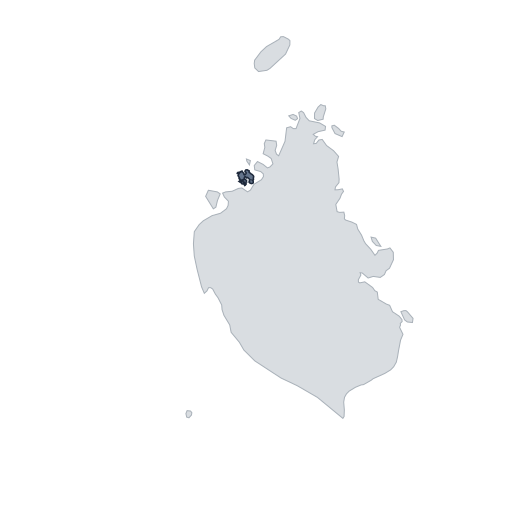 Namhae-gun, South Gyeongsang, South Korea (highlighted), rotated 153°
{"feature_id": "91817680B30407776748413", "entity_name": "Namhae-gun", "entity_type": "district", "adm_level": 2, "iso_a3": "KOR", "parent_name": "South Korea", "parent_adm1": "South Gyeongsang", "projection": "albers", "projection_center": [127.967, 34.823], "detail": "fine", "context": "in_parent", "style": "filled", "palette": "slate", "viewbox_px": 512, "rotation_deg": 153, "n_neighbors": 0, "source": "geoboundaries", "source_scale": "gbopen_adm2", "svg_char_len": 5652}
<svg xmlns="http://www.w3.org/2000/svg" viewBox="0 0 512 512"><g transform="rotate(153 256 256)"><path d="M158.7,128.7L160.4,127.4L160.5,125.6L160.6,119.5L165.4,115.4L172.1,106.8L175.5,102.1L179.2,97.7L183.6,94.8L187.8,93.4L194.5,92.9L207.3,93.5L209.8,93.0L218.7,92.6L220.8,93.4L227.2,93.9L234.4,93.3L238.0,92.1L241.3,89.9L244.2,86.0L247.2,78.7L250.4,73.0L252.3,71.9L265.5,102.2L278.2,121.8L289.1,135.9L304.7,163.1L309.5,177.7L310.0,186.8L312.8,199.3L310.7,206.5L311.5,217.7L310.6,223.6L308.8,227.9L308.8,236.1L309.5,240.4L309.6,246.3L310.9,248.5L312.7,249.3L315.5,247.2L319.0,246.2L318.5,253.2L314.5,271.0L311.0,284.0L306.2,295.3L299.9,305.7L292.3,309.8L287.0,311.3L276.7,311.9L268.2,310.2L260.8,311.5L257.9,313.7L255.7,317.3L257.4,323.0L257.2,327.2L254.0,326.9L247.8,324.5L240.9,324.2L237.7,323.0L234.4,317.0L231.1,317.2L225.3,320.8L216.5,321.5L213.3,323.4L212.2,325.9L213.5,329.1L218.0,333.3L216.5,337.4L211.8,339.5L208.1,334.4L205.8,329.3L203.2,329.0L199.1,330.4L198.2,335.9L200.1,339.6L203.2,343.9L198.8,348.8L197.6,352.4L194.5,354.9L186.0,349.2L187.3,345.2L191.0,341.4L191.5,337.4L190.3,335.0L178.1,345.0L170.5,356.3L166.5,355.5L164.9,352.5L162.5,351.3L154.4,358.6L152.8,364.4L149.8,364.6L148.5,362.1L148.5,356.8L147.2,352.3L138.9,345.7L135.2,339.9L137.3,336.8L144.3,338.6L149.8,338.4L148.7,335.7L147.0,334.4L150.7,333.0L153.8,329.9L151.2,329.0L147.3,330.8L144.1,329.8L143.0,322.4L139.1,314.6L137.2,307.2L141.2,303.0L143.3,296.4L147.0,286.8L148.8,283.7L153.8,281.5L155.6,279.1L152.9,277.8L148.6,276.6L148.7,273.8L151.7,272.3L155.0,269.3L161.5,265.7L163.6,258.7L161.7,256.9L157.8,255.2L158.7,251.6L160.4,249.0L159.8,247.3L155.2,242.7L152.1,238.5L153.1,233.8L152.5,226.6L153.0,220.6L152.8,217.3L150.7,209.9L149.7,202.6L146.7,203.6L144.3,205.4L135.7,202.6L133.0,202.4L132.0,197.0L135.2,190.3L142.6,184.5L146.8,183.8L150.0,181.2L155.0,180.5L160.8,184.6L166.1,185.5L169.0,192.5L170.8,193.9L171.2,191.4L175.6,188.4L176.6,186.2L175.7,184.9L170.8,183.6L166.4,175.0L165.9,171.2L164.3,168.8L166.8,161.9L161.7,154.0L159.3,151.4L159.7,144.4L157.1,139.8L155.7,137.3L154.8,133.1L155.6,131.2L158.0,130.5L158.7,128.7ZM137.1,438.6L134.5,440.1L132.1,439.1L131.5,438.4L128.7,434.5L128.0,432.5L130.0,428.7L138.0,422.5L158.4,416.8L162.0,416.5L170.0,419.2L171.7,424.1L170.2,428.3L168.3,431.1L158.9,435.7L151.6,437.8L137.1,438.6ZM273.8,332.0L268.6,336.2L261.4,330.7L259.7,327.6L265.1,323.0L269.6,317.7L272.6,317.4L273.8,332.0ZM236.1,331.7L235.4,338.3L231.5,338.7L229.1,334.4L226.6,336.5L225.3,336.5L223.3,331.2L223.0,327.0L227.7,323.8L230.5,325.7L234.5,326.7L236.1,331.7ZM133.1,360.5L129.5,361.5L127.5,359.1L126.1,358.4L127.0,355.4L132.9,349.4L134.1,347.4L139.5,348.7L141.5,351.9L138.9,356.8L133.1,360.5ZM152.6,131.6L152.2,140.6L149.2,140.2L147.2,139.3L146.4,137.5L144.4,129.1L146.8,125.7L151.1,128.5L152.6,131.6ZM130.1,335.9L129.3,337.5L126.9,337.0L124.5,332.2L123.5,328.5L121.1,326.4L125.1,323.3L130.0,329.2L130.1,335.9ZM145.7,216.2L144.9,220.6L141.3,217.6L140.4,207.9L144.1,210.8L145.7,216.2ZM390.0,147.4L387.6,149.5L384.7,147.6L384.3,145.5L385.7,143.6L389.2,142.3L390.9,143.9L390.0,147.4ZM162.3,362.7L163.2,366.0L158.7,365.3L156.3,362.2L156.6,359.5L159.4,359.1L162.3,362.7ZM221.1,344.7L220.5,346.8L217.7,343.6L220.5,340.1L221.1,344.7Z" fill="#d9dde1" stroke="#a8b0b8" stroke-width="1"/><path d="M228.0,325.0L228.5,324.6L228.4,324.0L228.1,323.5L227.3,322.6L226.8,322.5L226.2,322.3L225.7,322.3L225.2,322.5L224.9,323.2L224.7,323.6L224.4,324.0L224.6,324.5L224.8,324.9L224.9,325.3L224.5,325.1L224.1,325.1L223.5,325.3L223.3,325.7L223.1,326.4L223.1,326.7L222.7,326.9L222.4,327.2L222.2,327.7L222.0,327.8L221.9,328.3L221.9,328.6L222.4,330.4L223.1,331.2L223.2,331.8L223.4,332.3L224.0,333.3L224.1,334.0L223.8,334.4L223.5,334.6L223.4,335.0L223.8,335.5L224.0,335.6L224.3,336.0L224.3,336.4L224.6,336.7L225.2,337.0L225.9,337.3L226.5,337.1L226.7,336.9L227.2,336.7L227.5,336.2L227.3,335.6L226.9,335.1L227.1,334.3L227.5,333.9L227.9,333.8L228.4,333.5L229.1,333.4L229.5,333.5L229.8,333.9L229.7,334.4L229.4,334.9L229.6,335.6L229.6,336.2L229.8,336.8L230.1,337.2L230.0,337.6L229.8,337.9L230.1,338.1L230.6,338.1L231.0,338.0L231.5,338.1L231.7,337.7L232.3,337.6L232.8,338.0L233.0,337.8L233.3,337.3L233.8,337.4L233.9,337.9L233.6,338.4L234.1,338.7L234.8,338.5L235.1,338.2L234.7,337.8L234.3,337.4L234.3,336.7L234.7,336.3L235.2,336.0L235.5,335.6L235.4,335.2L235.3,334.3L235.3,333.5L235.5,333.2L235.4,332.8L235.3,332.4L235.5,331.9L235.8,332.1L235.8,331.3L235.8,330.8L235.3,330.4L234.8,330.6L234.6,330.4L234.3,329.9L233.8,329.8L233.1,330.0L232.5,329.9L232.1,329.9L231.5,330.1L231.2,330.3L231.1,330.9L230.7,331.0L230.4,331.3L230.2,331.6L229.8,331.7L229.3,331.4L229.1,330.8L229.1,330.4L229.1,329.9L228.7,329.8L228.0,329.9L227.6,329.3L227.4,328.6L227.1,327.9L226.9,327.5L226.7,326.8L227.3,326.3L227.6,326.0L228.2,325.6L228.0,325.0ZM233.1,327.4L232.9,327.1L233.1,326.5L233.2,326.2L233.3,325.6L233.5,325.3L233.9,324.7L234.1,324.3L234.1,323.9L233.5,323.9L233.3,324.1L232.6,324.3L232.3,324.4L232.0,324.8L231.9,325.2L231.8,325.6L231.6,326.0L231.3,326.2L231.1,326.5L230.9,326.7L230.6,327.0L230.3,327.4L230.3,327.8L230.5,328.2L230.6,328.4L230.7,328.8L230.9,329.2L231.5,329.3L232.0,329.5L233.1,329.4L233.4,329.0L233.7,328.6L233.9,329.0L234.3,329.1L234.6,329.2L234.8,329.4L235.1,329.5L235.4,329.5L235.6,329.7L236.2,329.9L236.6,329.8L236.8,330.2L237.3,330.2L237.1,329.8L236.9,329.3L236.6,329.0L236.4,329.1L236.1,329.0L235.8,328.7L235.5,328.3L235.8,328.0L236.0,327.9L236.0,327.5L236.0,327.2L235.7,326.6L235.5,326.4L235.0,326.2L234.6,325.8L234.3,325.6L234.2,326.0L233.9,326.2L233.7,326.4L233.7,326.8L233.8,327.2L233.8,327.5L233.5,327.7L233.1,327.4Z" fill="#64748b" stroke="#1e293b" stroke-width="1.5"/></g></svg>